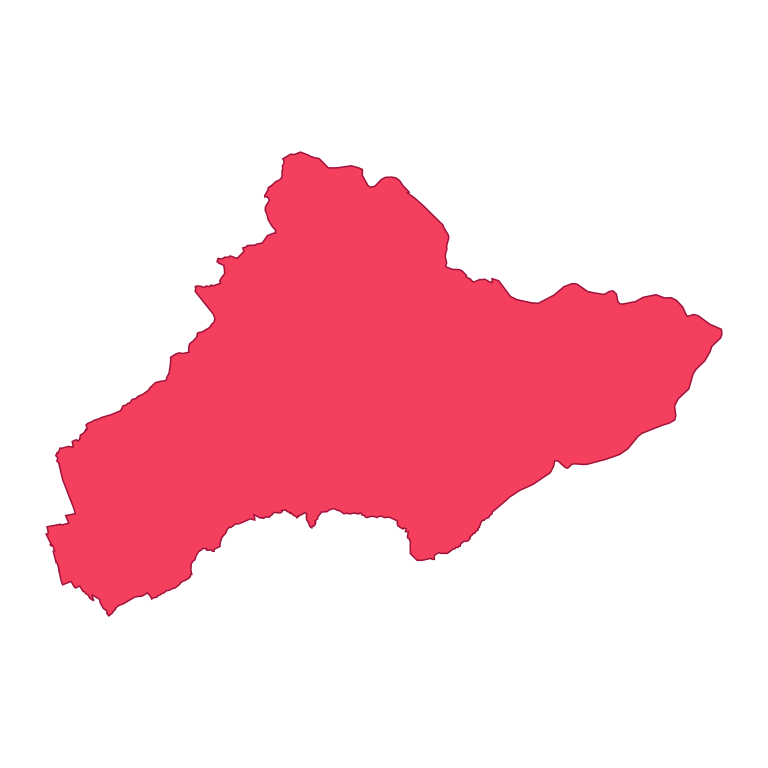 Baia Sprie, Maramures, Romania (Natural Earth projection)
{"feature_id": "2599482B79433143799510", "entity_name": "Baia Sprie", "entity_type": "district", "adm_level": 2, "iso_a3": "ROU", "parent_name": "Romania", "parent_adm1": "Maramures", "projection": "natural_earth1", "projection_center": [23.691, 47.679], "detail": "fine", "context": "isolated", "style": "filled", "palette": "rose", "viewbox_px": 768, "rotation_deg": 0, "n_neighbors": 0, "source": "geoboundaries", "source_scale": "gbopen_adm2", "svg_char_len": 6037}
<svg xmlns="http://www.w3.org/2000/svg" viewBox="0 0 768 768"><path d="M108.7,615.9L112.3,613.2L113.3,611.4L115.4,609.5L115.3,608.7L117.0,606.8L119.7,605.1L123.0,604.0L135.1,596.9L142.3,596.0L145.6,594.1L147.1,592.7L150.7,596.7L151.7,599.0L153.3,597.9L156.7,597.2L158.0,595.7L160.8,594.6L161.1,593.8L164.0,592.9L166.2,590.8L169.2,590.3L171.9,588.8L175.3,587.9L179.4,584.5L181.5,581.9L185.4,580.3L189.1,578.1L190.3,576.7L190.5,574.7L191.8,574.5L190.9,570.1L191.2,563.9L193.0,561.1L194.9,559.9L196.1,555.8L198.4,551.9L203.3,548.5L206.4,548.6L206.3,549.9L207.1,550.3L210.8,549.9L212.5,551.2L214.1,551.3L214.0,549.8L214.4,549.2L219.9,546.5L220.3,542.4L221.5,538.6L222.4,536.8L226.0,532.7L227.2,529.3L229.6,527.1L230.7,527.5L233.4,525.7L234.7,524.2L239.3,523.7L250.5,518.8L254.7,520.1L254.7,518.1L253.9,514.7L260.6,518.1L261.9,517.3L262.4,518.2L263.6,518.3L265.4,517.0L269.5,517.1L270.7,515.6L272.1,514.8L273.8,512.4L280.0,513.0L282.2,511.7L281.7,510.5L285.2,510.0L286.2,510.2L286.8,511.4L288.8,512.0L290.3,513.5L290.9,513.5L290.7,512.7L291.0,512.7L293.3,515.2L297.0,517.2L297.1,517.8L297.6,517.4L297.7,516.4L299.0,516.2L298.8,515.6L302.3,514.3L304.6,512.7L306.5,513.7L306.3,514.6L306.8,515.9L306.3,516.9L306.7,520.0L308.4,522.4L309.8,526.4L311.8,527.9L312.2,526.4L313.6,526.3L315.3,524.2L315.2,522.9L315.8,522.7L315.7,521.9L314.9,521.0L317.6,518.9L317.8,516.9L320.7,513.3L321.1,512.2L327.2,511.6L329.2,510.0L332.3,508.8L335.2,509.1L337.7,510.5L339.3,510.5L344.0,513.8L346.7,513.2L349.0,513.8L351.5,513.7L352.6,513.2L354.2,513.3L355.0,512.7L356.3,513.7L357.8,513.5L358.7,514.0L359.5,513.0L360.9,513.0L361.8,514.9L363.7,515.2L365.5,517.0L366.8,517.6L370.7,516.4L374.6,516.5L377.0,517.6L378.7,516.5L380.8,516.2L383.0,516.7L384.2,517.6L389.1,517.1L396.7,520.6L397.3,521.4L397.3,524.1L397.9,525.9L403.0,529.1L403.8,527.9L406.3,528.9L405.4,531.6L408.3,531.8L407.4,537.1L408.1,538.4L409.2,538.7L410.5,542.5L410.2,544.5L410.4,553.7L417.1,560.3L422.5,560.3L430.5,558.4L432.2,559.4L434.4,559.3L434.2,557.1L434.7,555.1L438.7,552.7L440.7,553.3L447.4,553.4L452.9,549.2L454.8,548.9L455.6,547.5L457.9,547.4L459.1,546.3L460.3,546.1L460.3,544.5L463.5,541.5L467.7,541.0L469.5,539.4L470.3,538.0L469.8,537.1L470.3,536.3L471.5,535.8L473.3,533.5L475.1,533.0L475.8,531.4L478.1,530.0L477.9,528.6L479.5,527.4L479.2,526.7L479.5,525.7L480.3,525.0L480.8,522.7L481.9,521.2L482.7,520.3L484.1,520.3L485.4,518.9L488.8,517.5L489.6,515.8L492.2,513.6L492.2,512.1L507.1,499.5L509.2,497.3L520.1,490.2L532.8,484.5L550.3,472.7L553.7,466.0L554.7,460.9L558.0,461.0L565.2,467.5L567.7,468.2L572.2,464.1L575.0,463.8L583.3,464.5L587.9,464.1L606.1,459.2L619.8,454.4L628.0,448.6L638.1,436.3L642.0,433.3L662.1,425.3L669.1,423.2L674.7,420.0L675.8,415.9L674.6,405.9L678.3,398.7L688.8,388.9L693.2,373.7L696.5,368.8L704.7,361.0L710.0,351.8L711.9,346.3L720.6,338.0L721.9,334.1L721.4,329.3L709.9,324.3L698.3,315.8L693.8,314.5L687.4,316.3L686.0,314.3L682.6,306.9L676.5,300.4L671.2,297.7L664.7,298.0L656.0,294.7L642.9,297.4L635.5,301.6L622.4,304.1L619.8,303.8L617.9,301.5L616.3,293.9L612.9,290.8L608.9,291.6L605.7,293.8L602.9,294.3L594.3,292.9L587.4,291.4L577.1,284.1L572.1,283.6L564.0,286.7L554.0,295.1L538.3,303.3L531.8,302.9L517.0,299.7L510.4,296.4L498.8,280.8L492.1,278.6L492.1,282.7L488.7,281.4L484.6,279.1L481.7,279.7L480.0,279.4L473.7,282.1L471.3,280.4L470.6,279.1L466.9,277.5L466.3,275.3L462.0,270.8L459.2,269.6L452.7,269.4L446.5,267.1L445.6,266.1L446.7,262.8L445.3,257.1L445.5,253.8L446.9,249.3L446.6,246.2L448.6,238.5L448.7,236.8L448.0,234.4L444.0,227.9L443.0,225.1L423.6,206.0L414.5,197.9L407.5,192.9L409.2,192.2L402.9,185.6L399.5,180.5L395.7,177.8L391.8,177.1L385.6,177.3L381.6,179.3L374.7,186.4L370.3,187.1L368.0,185.6L362.4,175.5L362.4,169.5L358.6,167.8L351.3,165.8L336.6,167.9L328.3,167.9L319.1,158.5L315.1,157.9L310.6,156.4L308.4,155.1L300.5,152.1L294.4,154.5L290.7,154.2L282.7,158.9L283.6,159.8L284.1,163.2L282.4,165.8L282.7,168.6L282.0,171.4L282.1,175.5L281.6,177.7L279.3,180.1L275.9,181.5L271.9,185.2L268.3,187.6L267.8,190.3L264.7,195.6L264.7,196.9L266.8,196.9L268.2,197.7L269.3,200.5L265.5,206.6L265.2,210.4L267.1,214.9L268.2,219.9L272.0,226.2L275.6,230.2L275.4,233.1L274.2,233.0L267.4,235.6L262.3,243.0L257.7,243.8L254.7,245.1L254.5,245.6L253.2,245.2L247.2,245.5L246.8,246.8L242.8,247.9L243.8,251.6L237.1,258.4L230.2,255.9L227.7,257.5L225.3,257.0L221.7,259.0L218.0,258.4L217.1,261.8L218.1,261.8L218.6,263.1L223.9,265.4L224.0,267.7L224.4,268.6L224.5,272.4L224.9,273.3L221.1,278.3L219.7,281.1L220.8,283.1L213.3,285.8L212.1,285.2L210.6,285.3L210.8,286.2L209.1,286.5L206.5,286.0L203.6,287.4L201.7,286.5L197.3,285.9L195.6,286.4L196.0,286.8L195.4,287.4L195.8,287.9L195.2,291.4L213.5,314.4L214.9,318.9L214.0,322.3L211.9,324.0L209.6,327.5L201.8,332.1L198.7,332.5L197.5,333.2L196.7,337.1L193.1,341.0L189.9,343.5L189.1,345.5L188.6,349.1L188.9,352.2L182.7,353.5L179.2,352.8L175.8,354.0L170.5,357.4L170.8,358.8L170.4,364.2L169.0,373.3L166.7,377.6L166.7,379.1L165.1,380.7L160.4,381.3L155.5,382.6L149.8,387.9L148.6,390.1L142.8,394.3L138.2,396.2L135.5,398.8L133.2,399.0L131.3,400.2L130.9,401.8L129.4,402.9L127.6,403.4L126.5,404.8L122.9,405.9L121.5,409.1L120.0,411.0L111.3,414.6L101.5,417.5L99.0,418.8L93.8,420.4L92.2,421.6L88.0,423.2L86.0,425.0L87.3,429.0L85.9,429.3L85.1,430.9L85.5,430.9L83.2,433.3L80.9,435.1L80.5,434.9L79.7,438.5L80.0,438.7L78.0,441.1L76.3,439.7L72.2,441.5L73.2,447.0L68.2,446.5L61.6,448.3L60.1,448.0L58.2,452.9L57.2,452.4L55.8,455.7L57.5,457.3L57.6,459.3L56.7,460.9L59.3,463.7L59.1,464.6L62.7,479.8L73.9,508.6L75.4,513.7L65.6,515.6L68.8,523.1L61.3,525.1L60.6,524.2L47.0,526.8L48.1,531.3L48.1,533.6L46.1,534.1L51.0,543.9L50.2,544.4L50.6,545.6L51.9,545.1L52.1,546.0L52.9,546.0L54.6,550.9L53.2,551.2L56.2,562.8L57.0,562.8L57.2,563.2L59.3,570.4L58.8,570.4L61.6,582.4L62.7,584.8L70.6,581.6L71.3,581.8L74.0,586.5L75.4,588.0L79.8,586.1L83.1,591.6L84.5,591.7L85.7,593.7L88.1,595.0L89.8,598.2L93.2,600.5L93.6,600.1L92.1,595.7L92.4,595.1L99.0,598.9L99.6,599.8L100.1,602.5L103.3,608.4L106.9,611.0L106.9,613.5L108.7,615.9Z" fill="#f43f5e" stroke="#9f1239" stroke-width="1.5"/></svg>